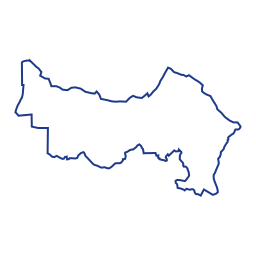 Gombak, Selangor, Malaysia
{"feature_id": "92858781B84445266980229", "entity_name": "Gombak", "entity_type": "district", "adm_level": 2, "iso_a3": "MYS", "parent_name": "Malaysia", "parent_adm1": "Selangor", "projection": "mercator", "projection_center": [101.678, 3.275], "detail": "fine", "context": "isolated", "style": "outline", "palette": "blue", "viewbox_px": 256, "rotation_deg": 0, "n_neighbors": 0, "source": "geoboundaries", "source_scale": "gbopen_adm2", "svg_char_len": 3440}
<svg xmlns="http://www.w3.org/2000/svg" viewBox="0 0 256 256"><path d="M47.6,153.3L49.8,154.5L50.7,155.4L52.1,156.7L54.4,157.1L56.6,155.9L58.1,156.6L59.2,157.3L60.9,158.2L62.5,158.9L63.8,158.7L64.3,158.1L64.8,157.1L66.7,156.6L66.8,157.6L67.1,159.4L68.9,159.1L69.6,158.2L71.4,158.2L73.1,158.3L75.1,158.5L77.2,158.0L78.4,155.3L79.7,154.2L80.9,153.1L82.2,152.6L83.3,152.1L84.2,152.8L84.9,154.5L85.6,156.1L87.7,158.2L92.9,163.8L94.1,164.7L95.5,165.2L97.0,165.6L99.1,166.6L101.0,167.5L102.2,167.6L104.5,167.2L106.7,168.0L108.8,168.4L110.0,167.9L111.1,167.1L112.5,166.0L113.9,164.6L115.1,163.4L117.0,163.2L119.7,163.2L120.9,162.8L122.9,160.5L122.9,159.2L123.8,159.2L125.1,158.9L125.6,156.9L125.7,155.7L125.2,154.4L125.1,152.6L127.1,151.9L128.4,151.1L129.9,150.1L131.5,149.6L133.1,149.5L134.7,148.3L136.1,147.2L137.4,145.5L139.3,144.4L140.4,145.3L141.3,146.4L141.9,147.9L143.0,149.1L143.7,153.3L147.0,153.1L149.6,153.1L151.3,153.1L153.4,153.0L155.5,153.0L156.4,155.7L158.3,155.4L158.1,157.8L159.5,158.3L159.5,159.2L162.1,159.9L163.9,160.1L165.2,160.9L166.4,160.9L166.9,160.1L166.7,159.0L166.2,158.3L165.7,157.5L166.1,156.2L167.1,155.2L167.8,154.3L168.8,155.7L174.3,150.4L175.6,151.4L178.7,151.2L178.9,149.6L180.5,151.2L181.3,152.0L181.4,152.8L180.6,153.9L180.0,155.3L179.8,156.4L179.8,158.2L179.8,159.2L180.5,160.2L181.5,161.3L182.7,162.5L183.3,164.1L183.2,165.6L183.7,166.6L185.5,166.6L186.5,167.2L187.5,168.7L187.9,170.3L188.6,171.8L189.0,174.5L189.1,175.5L188.5,176.7L187.4,178.1L186.5,179.4L185.0,181.1L180.8,180.3L179.2,180.0L177.1,180.0L175.7,180.7L175.6,181.7L175.7,182.8L177.1,184.2L177.7,188.0L180.0,188.3L181.5,188.8L183.6,189.6L184.7,190.4L186.5,188.8L188.5,189.4L190.0,189.7L191.4,189.3L192.8,189.2L194.2,190.3L194.7,192.3L195.7,193.9L196.7,194.2L197.7,194.0L200.7,195.6L203.9,189.5L212.8,194.8L214.2,194.4L216.2,193.6L217.8,192.2L217.6,190.0L217.0,187.5L216.0,184.9L214.8,181.9L213.8,178.9L213.6,176.6L213.8,174.6L215.0,172.8L216.0,170.2L217.4,166.9L218.7,163.9L218.7,161.9L218.1,158.9L219.0,157.7L219.6,157.3L220.3,155.4L220.8,154.2L220.8,152.9L220.9,152.0L221.8,151.1L222.9,150.0L223.5,149.3L224.1,147.8L224.4,146.7L225.2,145.4L226.0,144.1L226.9,142.8L227.7,141.8L227.7,141.0L227.6,140.0L228.4,139.4L228.3,138.7L228.1,137.5L229.0,136.6L230.3,135.7L231.4,134.7L232.8,134.0L233.5,133.3L234.3,132.3L234.7,131.0L235.3,129.6L236.2,129.4L237.4,129.6L238.4,129.4L239.1,129.0L239.8,128.2L240.6,126.8L239.7,125.2L237.5,122.4L233.5,122.4L229.7,120.6L224.8,116.9L221.4,112.8L217.4,109.4L216.4,106.0L213.9,102.0L211.8,98.6L210.5,96.1L206.8,94.6L204.0,93.0L202.2,91.5L201.9,88.7L202.8,85.3L199.7,82.5L196.9,80.6L195.1,79.7L188.9,75.2L186.4,76.5L183.3,74.9L181.5,74.9L179.7,74.1L176.7,72.9L174.3,72.3L173.0,71.1L171.0,68.9L168.1,67.6L165.0,72.9L162.8,77.2L160.4,80.9L159.1,84.3L156.3,88.7L153.6,91.2L150.5,94.9L148.6,96.4L147.4,93.3L144.6,95.8L141.8,98.0L136.5,97.3L133.1,95.8L130.0,97.7L126.0,101.7L119.8,101.4L116.4,101.7L112.0,101.4L107.1,100.1L100.9,98.9L99.3,94.6L96.6,91.5L94.7,93.6L91.9,93.3L85.4,91.8L80.8,88.7L75.5,87.4L71.5,87.7L67.4,90.2L62.5,89.6L60.0,87.7L56.3,86.2L51.3,86.2L50.4,83.1L48.6,78.8L45.1,78.5L40.2,75.7L41.4,72.0L38.6,68.5L36.2,66.7L30.2,60.8L30.2,61.2L28.4,60.4L24.5,61.0L22.9,61.6L21.9,62.4L22.1,85.0L23.5,85.0L22.7,94.5L21.9,97.7L20.5,100.0L19.5,102.4L17.7,105.4L16.2,109.4L15.4,112.3L16.9,113.7L18.5,115.7L31.6,114.5L31.8,126.6L38.2,128.0L47.9,128.0L47.6,153.3Z" fill="none" stroke="#1e3a8a" stroke-width="2"/></svg>